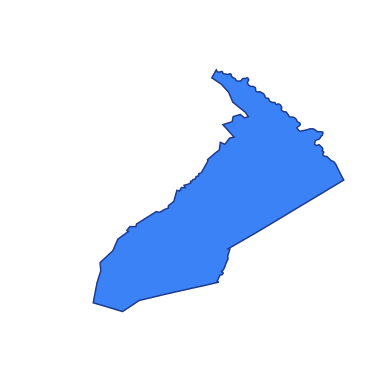 Greenville, South Carolina, United States of America (Equal Earth projection), rotated 58°
{"feature_id": "52423323B27353440150163", "entity_name": "Greenville", "entity_type": "district", "adm_level": 2, "iso_a3": "USA", "parent_name": "United States of America", "parent_adm1": "South Carolina", "projection": "equal_earth", "projection_center": [-82.43, 34.85], "detail": "fine", "context": "isolated", "style": "filled", "palette": "blue", "viewbox_px": 384, "rotation_deg": 58, "n_neighbors": 0, "source": "geoboundaries", "source_scale": "gbopen_adm2", "svg_char_len": 3586}
<svg xmlns="http://www.w3.org/2000/svg" viewBox="0 0 384 384"><g transform="rotate(58 192 192)"><path d="M157.1,77.4L155.9,78.0L155.2,78.1L154.9,77.9L153.7,77.6L153.0,77.7L151.8,79.2L150.1,79.7L148.9,79.2L146.7,79.2L145.9,79.5L145.5,79.8L145.3,80.1L144.3,80.6L143.3,80.9L142.3,82.5L141.8,83.5L141.0,84.2L140.0,84.3L139.4,84.1L138.3,83.4L137.2,83.0L136.3,83.3L135.3,83.9L134.5,84.7L133.9,85.8L132.6,86.8L131.2,87.3L129.1,87.3L128.3,86.8L128.0,86.2L127.5,85.3L127.0,84.5L125.8,84.2L125.0,84.3L124.3,84.8L124.2,85.9L124.1,86.7L123.8,86.8L123.5,87.3L123.0,88.1L122.8,88.6L122.7,89.2L122.9,89.9L123.5,91.0L123.6,91.9L123.2,92.8L121.7,95.0L120.6,95.5L119.9,95.3L119.0,95.3L118.1,95.7L115.7,97.1L114.2,97.0L113.3,96.6L112.3,96.6L111.7,97.5L111.5,98.0L111.5,99.1L111.1,99.7L109.6,101.1L108.9,102.3L107.9,102.8L106.6,102.5L105.7,102.7L105.2,103.8L105.1,104.7L104.3,106.2L103.2,106.8L101.3,106.7L105.7,114.7L116.1,110.0L127.0,108.1L137.5,109.8L152.9,104.5L158.0,104.3L156.9,108.3L151.8,109.9L149.9,117.2L153.7,120.7L151.2,130.1L167.8,127.2L166.2,131.6L169.0,138.7L164.9,141.7L170.8,146.5L171.3,151.7L172.8,161.7L174.2,162.1L180.7,174.1L180.0,176.5L181.8,178.0L181.1,180.4L182.6,182.0L182.1,184.8L182.7,185.8L182.1,187.5L183.7,188.3L183.5,189.3L183.4,191.1L182.1,195.2L184.7,195.4L182.6,198.7L184.6,201.8L182.6,203.9L190.4,212.5L191.1,219.3L193.0,220.4L192.2,225.0L192.1,230.4L189.7,232.6L189.7,256.0L191.6,257.9L188.4,263.1L190.1,267.6L191.7,266.8L192.7,279.9L199.9,290.3L203.2,307.4L210.6,311.2L218.5,320.5L233.6,334.5L256.6,314.2L256.0,294.3L263.8,271.0L267.9,259.2L273.6,242.9L277.8,231.3L282.7,216.8L281.3,218.3L277.4,212.5L278.1,210.1L277.8,209.6L277.5,209.0L277.5,208.8L277.5,208.7L277.4,208.5L277.2,208.5L276.8,208.6L276.1,208.9L275.9,209.0L275.7,209.1L275.0,209.0L274.9,209.0L274.9,208.5L275.0,208.2L275.0,207.6L274.8,207.2L274.5,206.5L274.3,206.2L274.2,206.1L274.0,205.7L273.8,205.2L273.6,204.9L273.5,204.7L273.3,204.6L272.9,203.9L272.7,203.7L272.4,203.3L272.1,203.1L270.4,200.8L269.9,200.3L269.9,200.1L269.9,199.8L269.8,199.6L269.4,199.3L269.3,199.2L269.1,198.9L268.9,198.7L268.8,198.3L268.7,198.1L268.4,197.7L268.3,197.4L267.7,197.0L267.4,196.7L267.1,196.5L266.9,196.4L266.7,196.3L266.3,196.4L266.2,196.4L266.0,196.2L265.6,195.8L265.4,195.6L265.1,195.4L264.9,195.3L264.7,195.0L264.3,195.0L264.1,194.8L264.0,194.6L263.9,194.3L263.9,194.1L260.6,190.2L259.3,191.5L259.6,183.3L260.0,171.0L260.2,167.1L260.6,153.5L261.2,118.6L262.3,57.0L262.2,57.0L258.0,56.7L257.9,56.7L250.1,56.0L245.0,55.4L243.2,55.5L242.7,55.5L241.0,56.0L239.0,57.4L235.5,58.2L233.2,58.9L233.0,59.1L232.4,60.2L230.8,61.4L229.7,61.3L228.6,60.6L228.6,59.7L227.9,59.1L227.7,59.1L226.5,59.7L226.0,59.8L225.8,59.7L225.5,58.8L224.5,58.1L222.9,58.2L221.9,58.5L219.6,59.0L219.0,59.5L219.0,60.1L219.0,60.8L218.7,61.4L217.4,62.6L216.7,62.7L216.1,62.4L215.1,61.5L214.2,60.6L213.9,59.5L213.8,58.9L214.0,58.0L214.4,57.1L214.5,56.2L214.0,54.6L213.0,52.5L213.0,51.4L211.1,49.5L210.3,49.5L209.5,50.3L207.3,53.7L204.9,54.5L203.1,55.4L202.5,56.0L201.1,58.1L200.0,62.0L198.3,66.8L197.8,68.0L196.6,68.7L193.9,69.1L193.2,69.0L192.7,67.5L192.8,66.1L192.7,65.3L191.9,64.2L190.6,64.0L188.3,65.3L187.0,65.3L185.9,65.0L183.6,65.6L182.6,66.2L181.6,67.2L180.2,69.3L179.0,69.6L177.1,69.5L174.2,69.7L174.0,69.8L173.8,70.0L173.3,70.6L172.6,71.5L171.3,72.3L170.1,72.7L169.4,72.7L168.7,72.2L168.4,71.5L168.3,71.3L167.0,70.9L165.9,70.9L165.0,70.9L164.1,71.2L163.4,71.8L163.0,72.2L162.8,73.1L162.8,73.8L162.4,74.2L161.7,74.5L161.1,74.3L160.2,74.3L159.5,74.9L159.1,75.8L158.4,76.7L157.1,77.4Z" fill="#3b82f6" stroke="#1e3a8a" stroke-width="1.5"/></g></svg>